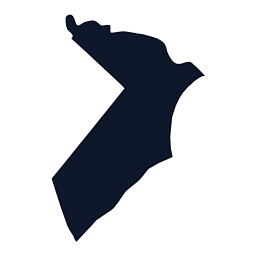 Quan 1, Hồ Chí Minh city, Vietnam (Natural Earth projection)
{"feature_id": "81297802B34545275526363", "entity_name": "Quan 1", "entity_type": "district", "adm_level": 2, "iso_a3": "VNM", "parent_name": "Vietnam", "parent_adm1": "Hồ Chí Minh city", "projection": "natural_earth1", "projection_center": [106.697, 10.775], "detail": "fine", "context": "isolated", "style": "filled", "palette": "ink", "viewbox_px": 256, "rotation_deg": 0, "n_neighbors": 0, "source": "geoboundaries", "source_scale": "gbopen_adm2", "svg_char_len": 1748}
<svg xmlns="http://www.w3.org/2000/svg" viewBox="0 0 256 256"><path d="M97.1,23.1L96.6,22.7L94.1,21.4L92.3,21.2L89.2,21.7L84.7,22.8L79.9,25.8L78.1,26.2L76.5,25.8L75.3,24.0L73.5,18.5L72.1,16.3L70.8,15.4L69.5,15.4L68.1,15.8L66.9,16.9L66.4,18.4L66.4,21.8L67.0,26.3L68.2,29.4L71.4,32.3L73.3,34.7L73.5,35.8L73.1,37.6L72.4,38.5L87.8,52.6L98.3,62.4L106.2,69.8L111.1,74.3L120.9,83.5L125.6,88.3L111.7,105.6L87.1,136.2L81.9,142.5L76.9,148.7L70.5,156.7L65.1,163.4L64.0,164.7L62.7,166.3L54.1,176.8L53.1,178.0L52.5,178.9L59.5,200.8L59.6,201.0L62.4,209.8L62.5,209.9L67.9,225.0L68.1,225.5L68.4,226.0L69.8,228.9L70.8,230.7L72.8,233.7L74.1,235.7L74.9,237.7L75.5,239.4L75.8,239.1L76.5,240.6L79.5,237.4L86.0,230.4L90.0,226.3L95.8,219.7L98.4,217.9L100.8,216.3L101.6,215.7L105.9,212.8L110.5,209.8L111.5,209.0L113.8,206.8L117.8,201.6L120.5,197.6L122.1,195.3L125.2,190.9L127.8,188.6L132.7,184.7L133.6,184.0L133.9,183.7L136.1,181.9L139.5,178.8L143.6,173.9L147.9,168.4L158.4,162.4L171.8,156.5L170.8,151.8L170.2,149.3L169.5,137.2L170.3,127.5L170.4,127.2L171.4,117.0L175.0,105.7L178.3,98.8L181.6,93.2L186.6,87.3L193.9,80.6L198.1,77.6L198.4,77.4L201.3,75.9L203.5,75.3L197.4,69.0L190.9,63.1L189.6,62.6L188.0,62.6L185.6,63.1L181.2,64.4L179.3,64.7L178.0,64.7L176.5,64.4L175.0,63.8L173.9,63.1L172.3,61.8L171.1,60.3L169.7,58.3L168.1,55.5L166.7,52.4L166.0,49.6L165.3,47.0L164.7,45.7L164.0,44.4L163.0,43.2L162.5,42.7L161.9,42.1L160.0,40.8L157.0,39.2L152.6,37.7L146.8,36.1L142.7,35.0L139.1,34.5L136.1,34.0L135.2,33.8L133.6,33.5L127.3,32.5L124.5,32.2L123.5,32.1L123.1,32.1L122.3,32.1L116.2,32.9L111.8,33.5L110.3,33.2L109.7,32.2L109.6,30.1L109.7,26.8L109.4,25.9L108.6,25.7L105.6,25.8L102.7,26.3L101.2,26.2L99.8,25.4L97.1,23.1Z" fill="#0f172a" stroke="#020617" stroke-width="1.5"/></svg>